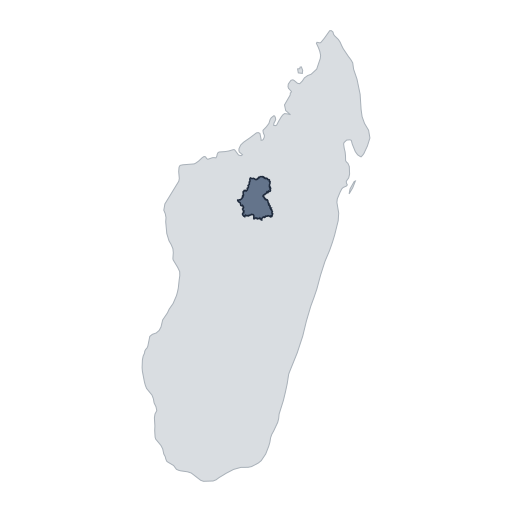 Maevatanana, Betsiboka, Madagascar shown in context
{"feature_id": "10022922B61824869015313", "entity_name": "Maevatanana", "entity_type": "district", "adm_level": 2, "iso_a3": "MDG", "parent_name": "Madagascar", "parent_adm1": "Betsiboka", "projection": "mercator", "projection_center": [47.013, -17.22], "detail": "fine", "context": "in_parent", "style": "filled", "palette": "slate", "viewbox_px": 512, "rotation_deg": 0, "n_neighbors": 0, "source": "geoboundaries", "source_scale": "gbopen_adm2", "svg_char_len": 8592}
<svg xmlns="http://www.w3.org/2000/svg" viewBox="0 0 512 512"><path d="M340.1,42.1L341.6,45.5L343.2,48.7L348.5,56.6L350.8,59.6L352.7,62.8L353.6,69.2L357.0,79.2L360.1,94.2L361.1,109.6L362.1,116.7L364.5,123.4L368.6,130.3L369.9,138.0L367.4,146.0L363.9,153.5L362.9,154.9L361.2,156.8L360.5,156.7L357.6,154.8L355.3,151.6L352.3,144.2L351.3,140.4L350.0,139.8L346.6,140.1L344.1,142.5L343.6,143.9L344.2,148.2L345.1,151.9L345.5,155.8L345.6,160.6L346.5,162.1L347.9,163.3L349.3,166.5L349.6,174.1L348.7,177.9L346.3,181.2L346.4,183.0L347.3,184.9L346.5,186.0L343.2,187.5L341.9,188.7L340.1,192.1L337.3,198.9L336.9,202.4L338.7,213.1L338.2,220.7L334.6,235.2L332.5,242.1L329.6,250.4L325.0,261.3L320.6,275.0L316.8,289.2L313.9,297.7L310.8,306.1L306.4,321.0L302.7,336.2L297.2,352.9L289.6,371.7L288.7,374.1L287.2,383.7L285.4,392.1L283.4,400.4L279.1,414.1L278.7,418.4L277.7,422.4L273.6,431.1L271.8,434.3L270.6,437.7L269.9,442.1L268.7,446.3L265.7,454.0L261.2,460.7L258.2,463.1L251.5,466.6L248.2,467.3L240.8,467.4L233.6,469.4L226.1,473.3L218.9,477.7L216.1,479.8L213.1,481.0L203.5,481.3L200.7,480.3L191.2,473.0L187.5,471.8L180.5,470.8L178.4,470.2L176.4,469.3L173.6,465.5L168.0,462.2L166.7,461.2L165.8,459.0L165.2,456.6L163.8,454.0L162.7,448.9L160.9,445.4L155.7,439.1L155.1,437.1L154.7,430.5L154.9,426.0L154.4,417.9L155.0,414.0L156.8,410.6L156.0,406.8L154.1,402.9L153.4,398.8L152.0,395.1L146.6,388.5L145.3,385.2L144.4,381.8L142.4,371.3L142.1,367.7L142.4,359.9L143.2,356.0L144.5,353.2L144.8,351.1L145.7,349.4L147.0,348.0L147.8,346.3L149.8,336.4L152.4,334.3L156.2,333.0L159.2,330.4L161.0,327.0L162.7,319.9L167.5,312.8L169.2,309.1L173.1,303.5L176.5,295.6L177.5,291.9L178.3,288.1L179.2,279.8L179.8,275.7L179.7,271.6L177.7,267.4L173.1,259.8L172.9,258.4L173.3,252.7L172.9,248.7L171.2,244.6L169.0,240.8L166.8,233.6L165.7,221.8L166.0,217.6L165.3,213.8L163.8,210.2L164.9,203.9L178.8,181.2L179.3,178.5L178.7,171.6L179.0,167.6L179.5,166.1L180.5,165.3L182.9,164.8L194.2,163.9L195.6,163.2L198.5,161.2L202.3,157.6L204.1,156.5L205.6,156.9L206.6,158.5L207.8,159.3L212.4,157.7L214.1,157.6L215.9,157.9L216.8,156.3L217.2,154.3L217.9,152.8L219.1,152.0L225.0,151.6L228.7,151.0L233.5,149.6L234.6,149.8L238.5,155.0L239.7,155.4L241.2,155.7L242.5,154.7L239.3,152.0L238.9,150.5L239.0,148.7L240.7,145.0L243.6,142.2L249.8,137.9L256.4,132.9L258.3,132.6L259.9,133.4L261.1,139.2L261.0,140.2L262.0,140.3L263.2,139.6L264.3,137.2L264.4,135.3L263.5,133.4L263.1,131.8L263.0,130.3L266.3,126.9L268.9,123.5L270.1,119.6L271.2,117.8L273.9,115.7L274.7,116.1L275.4,117.7L275.7,119.5L275.0,121.2L274.0,123.0L273.6,125.3L275.2,125.7L276.6,125.2L278.8,121.0L281.2,117.0L282.7,115.0L284.5,113.6L287.5,113.9L290.5,114.7L285.7,110.6L284.5,104.9L290.2,95.0L290.3,93.0L291.1,92.4L291.5,91.6L288.5,88.3L288.0,86.6L288.3,84.1L289.8,81.9L291.0,80.3L292.9,79.8L294.3,80.6L297.5,83.3L299.7,83.7L302.3,81.1L304.4,77.9L307.6,75.6L311.2,74.2L316.7,69.1L320.3,58.4L320.6,55.2L319.8,51.4L318.5,47.8L316.4,43.3L317.0,42.3L320.0,42.9L321.0,42.3L324.3,38.3L329.7,30.7L331.4,30.7L333.0,32.1L333.5,34.2L334.6,35.8L338.3,39.4L340.1,42.1ZM302.4,72.2L302.4,73.4L298.3,72.9L297.6,68.9L299.7,68.7L300.1,67.1L301.4,66.9L302.7,70.5L302.4,72.2ZM352.7,187.8L349.1,193.9L350.1,188.8L354.2,181.5L355.4,181.0L352.7,187.8Z" fill="#d9dde1" stroke="#a8b0b8" stroke-width="1"/><path d="M271.1,216.7L271.7,216.3L271.5,216.2L271.2,215.6L271.6,215.4L271.8,215.5L272.3,215.2L272.4,214.7L272.5,214.4L272.5,214.0L272.7,213.8L272.6,213.5L271.8,213.0L271.8,212.8L272.0,212.3L272.1,212.1L272.2,211.8L272.4,211.6L272.2,211.1L271.9,211.0L271.7,210.7L271.7,209.9L271.6,209.4L271.3,209.1L271.2,209.2L271.3,209.6L271.1,209.8L270.9,209.6L270.7,208.9L270.4,208.6L270.5,208.4L270.8,208.1L270.7,208.1L270.3,208.1L270.3,207.7L270.1,207.4L270.1,207.0L269.9,206.8L269.9,206.6L270.1,206.5L270.1,206.1L269.8,206.1L269.8,205.8L269.7,205.4L269.3,204.9L268.9,204.7L268.7,204.9L268.6,204.7L268.6,204.1L268.9,204.0L269.0,203.7L268.9,203.6L268.5,203.0L268.3,203.0L268.0,202.2L267.9,201.3L267.9,200.9L267.7,200.5L267.4,200.3L267.3,199.8L267.1,199.7L266.9,199.7L266.7,199.9L266.2,200.0L265.9,199.5L265.8,199.1L265.6,199.0L265.4,199.3L265.2,199.3L265.2,198.9L265.0,198.5L264.6,198.4L264.5,197.8L264.1,197.7L264.0,197.0L263.7,197.0L263.3,196.4L263.1,196.4L263.2,196.0L263.1,195.6L263.5,195.1L263.8,194.9L264.5,194.8L264.5,194.7L264.5,194.4L264.7,194.2L265.0,194.3L265.6,193.7L266.0,193.6L266.5,192.8L266.9,192.0L267.2,192.4L267.8,192.8L268.0,192.6L267.9,192.5L268.0,191.8L268.1,191.6L268.3,191.5L268.3,191.2L268.5,191.0L269.3,191.4L269.7,191.5L270.2,191.2L270.4,190.8L270.5,190.5L270.4,189.7L270.0,189.2L270.4,188.8L270.1,188.7L270.1,188.2L270.2,187.8L270.3,187.7L270.2,187.6L269.7,187.5L269.8,187.1L270.1,187.0L269.9,186.6L269.5,186.5L269.7,186.1L269.6,185.9L269.4,185.5L269.5,185.0L269.5,184.5L269.9,183.7L270.0,183.2L270.0,182.7L269.9,182.5L269.8,182.3L269.7,182.1L270.0,182.1L270.1,181.8L269.9,181.7L269.8,181.4L269.4,181.1L269.5,180.8L269.3,180.3L269.4,180.0L269.3,179.8L268.7,179.6L267.9,179.6L267.8,179.4L267.6,179.4L267.6,179.1L267.2,178.5L266.8,178.3L266.4,178.2L266.3,178.3L266.2,178.5L265.9,178.5L265.7,178.6L265.5,178.3L265.2,178.1L265.0,177.9L264.8,177.9L264.5,178.1L264.4,177.6L264.1,177.5L264.0,177.3L263.6,177.3L263.5,176.9L263.1,176.7L263.0,177.1L262.6,176.8L262.3,176.8L261.8,176.6L261.3,176.7L261.2,176.7L260.2,176.6L259.0,177.9L258.8,178.0L258.5,178.0L258.4,177.7L258.1,178.1L258.1,178.3L257.9,178.5L257.7,178.9L257.2,178.8L257.0,179.4L256.8,179.5L256.6,179.5L256.4,179.6L255.7,179.6L255.5,179.4L255.2,179.4L254.9,179.2L254.7,179.0L254.6,178.8L254.4,178.7L254.2,178.7L253.8,178.5L253.7,178.4L253.3,178.3L253.2,178.3L252.8,178.5L252.5,178.6L251.4,178.5L251.0,178.4L250.7,177.9L250.2,178.2L250.2,178.4L250.0,178.6L249.9,178.9L249.9,179.2L249.8,179.6L249.9,179.9L250.0,180.6L249.9,180.9L249.9,181.5L249.6,182.0L249.3,182.0L249.3,182.6L249.4,182.9L249.4,183.1L249.2,183.2L249.3,183.5L249.3,184.3L249.3,184.5L248.3,185.2L248.0,185.6L248.1,185.8L248.4,186.3L248.5,186.7L248.3,187.7L247.8,188.0L247.3,188.1L247.2,188.3L247.4,188.6L247.5,188.8L247.4,189.5L247.4,189.8L246.8,190.4L246.6,190.5L246.3,190.8L246.2,191.0L245.9,190.9L245.6,190.4L245.4,190.3L245.1,190.4L244.8,190.4L244.7,190.8L244.1,190.6L243.8,191.2L243.6,191.4L243.3,191.6L243.4,191.8L243.2,192.0L243.3,192.2L243.1,192.7L243.2,193.0L243.2,194.1L243.3,194.7L243.6,194.9L243.6,195.0L243.2,195.4L243.0,195.5L242.8,195.6L243.1,196.0L243.0,196.3L243.0,196.7L242.7,196.7L242.8,196.9L242.8,197.1L242.2,197.5L242.2,198.0L241.8,198.6L241.4,199.0L240.8,199.3L240.1,199.9L239.8,199.7L239.2,199.8L238.8,200.0L238.3,200.2L237.7,200.1L237.7,200.4L237.7,200.7L238.0,201.0L238.6,201.9L239.6,202.3L239.9,202.6L240.2,202.8L240.8,205.4L241.3,205.7L241.6,205.7L241.9,205.7L242.1,205.8L242.5,205.6L242.6,205.4L242.8,205.6L242.9,205.8L243.0,206.1L243.1,206.5L243.3,206.7L243.4,206.8L243.3,207.0L243.5,207.4L243.2,207.6L243.2,207.8L243.1,208.1L243.3,208.2L243.1,208.6L242.8,208.9L242.6,208.9L242.5,209.0L242.8,209.4L242.8,209.6L243.0,210.1L243.1,210.3L243.2,210.5L243.5,210.7L243.7,210.8L243.6,211.0L243.9,211.1L243.7,211.5L243.8,211.8L243.6,212.0L243.4,212.2L243.6,212.6L243.3,212.6L243.2,212.8L243.1,213.0L242.7,213.5L242.5,213.8L242.5,214.1L242.5,214.3L242.7,214.5L242.9,214.9L243.0,215.4L243.1,215.5L243.5,215.7L243.8,216.2L244.2,216.1L244.5,216.4L244.5,216.2L244.8,216.2L245.0,216.1L245.0,215.8L245.2,215.6L245.2,215.4L245.3,215.2L245.6,215.1L245.7,215.7L245.8,215.8L246.1,215.7L246.3,215.8L246.7,215.7L247.2,215.8L247.6,215.6L247.8,215.5L248.0,215.6L248.1,215.8L248.4,215.7L248.5,215.9L249.1,215.6L249.2,215.3L249.4,215.4L249.6,215.4L249.7,215.2L250.0,215.2L250.3,215.0L250.9,214.9L251.3,214.6L251.6,214.6L251.6,214.4L252.3,214.6L252.7,214.5L252.9,214.5L253.2,214.6L253.4,215.0L253.6,215.1L253.8,215.6L253.9,216.0L253.8,216.7L253.8,217.9L253.7,218.3L254.0,218.9L254.3,218.8L254.6,218.5L254.8,218.3L255.0,218.4L255.2,218.1L255.3,218.0L255.6,217.9L255.9,217.9L255.9,218.0L256.1,218.0L256.4,218.1L256.5,218.2L257.1,218.3L257.2,218.6L257.4,218.4L257.5,218.5L257.8,218.8L258.1,218.6L258.3,218.6L258.5,218.5L258.9,218.5L259.1,218.7L259.5,218.7L259.9,218.0L260.5,218.8L260.7,219.0L260.8,219.0L261.1,219.4L261.0,219.7L261.4,220.0L261.8,220.0L261.7,219.0L261.9,218.3L262.6,217.8L263.2,217.0L263.8,216.9L263.9,217.1L264.2,217.1L264.4,217.2L264.5,217.4L264.9,217.2L265.2,217.1L265.4,216.3L266.0,216.0L266.5,216.3L266.8,216.3L267.0,216.2L267.3,216.2L267.7,216.1L267.8,215.8L268.1,215.9L268.3,215.7L268.7,215.8L269.5,216.2L270.1,216.2L270.2,216.3L270.1,216.6L270.3,216.7L270.6,216.7L270.7,216.9L271.0,216.8L270.9,216.7L271.1,216.7Z" fill="#64748b" stroke="#1e293b" stroke-width="1.5"/></svg>